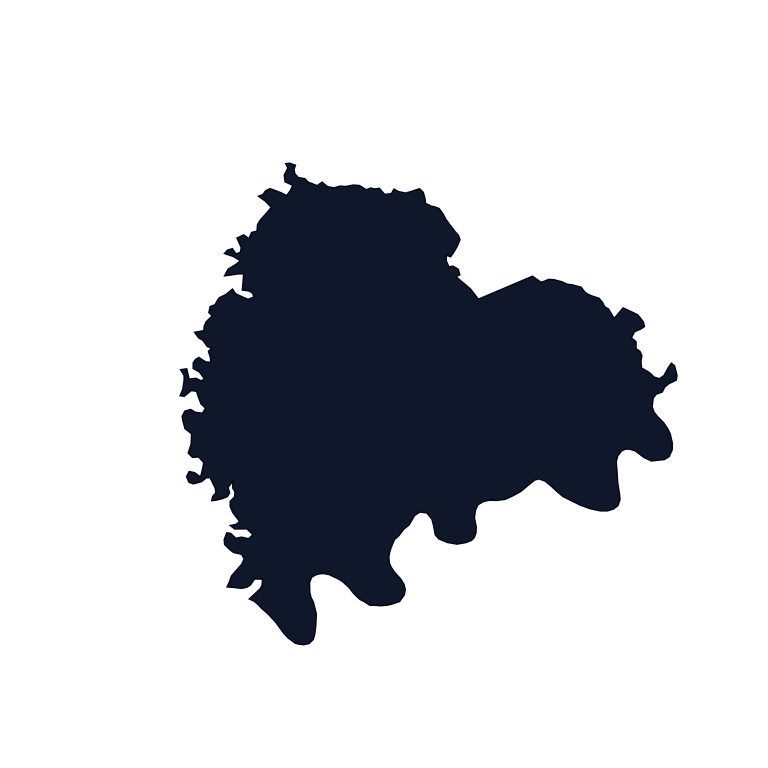 outline of Quedas do Iguaçu, Paraná, Brazil, rotated 324°
{"feature_id": "56859067B83242561936103", "entity_name": "Quedas do Iguaçu", "entity_type": "district", "adm_level": 2, "iso_a3": "BRA", "parent_name": "Brazil", "parent_adm1": "Paraná", "projection": "mercator", "projection_center": [-52.976, -25.446], "detail": "fine", "context": "isolated", "style": "filled", "palette": "ink", "viewbox_px": 768, "rotation_deg": 324, "n_neighbors": 0, "source": "geoboundaries", "source_scale": "gbopen_adm2", "svg_char_len": 4611}
<svg xmlns="http://www.w3.org/2000/svg" viewBox="0 0 768 768"><g transform="rotate(324 384 384)"><path d="M227.9,252.9L227.3,259.7L224.5,263.5L218.1,270.1L212.2,273.6L215.1,276.5L224.3,276.0L228.1,279.8L226.2,285.4L224.3,292.6L225.5,298.6L219.9,301.0L214.7,295.9L212.6,291.0L206.9,288.9L201.6,291.7L199.6,295.8L196.8,303.2L199.1,311.1L192.8,319.2L185.1,324.8L185.9,330.7L191.2,334.1L192.0,341.7L187.8,345.7L180.9,351.5L178.6,344.4L174.9,340.3L169.9,342.9L168.5,348.8L171.0,352.6L178.9,355.7L185.4,355.4L188.4,357.7L187.2,363.7L186.4,368.9L184.0,373.3L179.5,374.2L176.1,377.1L179.6,379.1L185.8,381.7L191.1,383.0L195.2,381.3L197.0,376.0L204.6,373.7L200.4,379.5L200.1,383.5L197.0,387.5L190.8,388.5L187.6,392.6L186.2,398.9L186.2,403.1L186.4,410.4L181.8,410.6L176.5,408.2L178.0,413.5L188.0,420.6L189.4,428.9L183.5,429.6L178.6,424.1L173.5,421.9L172.1,414.7L169.3,412.0L163.3,416.0L160.7,420.2L161.9,427.1L163.3,431.9L168.7,438.0L168.1,443.3L163.1,446.2L154.5,448.1L147.6,449.8L142.6,453.3L137.8,455.9L144.2,461.4L148.4,465.4L153.6,467.8L157.7,468.1L164.7,465.6L171.1,470.5L166.9,475.3L163.5,476.9L148.7,478.8L151.3,483.3L152.7,489.3L153.1,493.4L155.1,502.1L156.4,512.7L156.4,526.8L157.3,533.4L159.8,541.4L162.3,544.5L165.7,547.6L170.7,549.9L176.6,549.1L181.0,545.5L184.4,542.0L187.6,538.3L194.0,530.3L198.6,519.1L199.5,513.5L201.5,508.9L207.1,500.8L211.6,497.9L215.7,498.0L220.5,499.7L223.9,502.0L227.6,505.9L232.7,515.3L234.5,520.0L236.1,527.9L236.4,535.2L237.0,539.6L238.0,544.4L240.0,548.0L242.5,554.7L246.2,557.3L250.8,561.3L256.2,564.6L260.2,566.4L268.7,569.1L276.3,566.6L280.3,562.9L282.3,558.1L282.9,551.9L281.9,542.5L282.1,536.3L283.1,531.9L285.9,527.2L289.5,523.5L293.9,520.3L301.0,516.0L306.6,515.5L314.4,513.1L321.5,512.7L331.5,508.3L337.9,508.7L342.9,513.5L343.3,521.7L340.9,527.7L336.9,536.1L337.3,541.4L342.0,549.3L348.9,556.4L357.0,560.4L362.8,561.9L366.6,561.3L371.0,558.4L374.7,553.6L378.4,545.5L383.5,540.0L388.9,536.9L395.1,537.4L400.9,539.9L406.9,544.5L414.2,548.5L422.6,550.2L431.6,551.3L442.3,550.6L449.3,550.2L453.5,551.7L457.3,557.3L459.4,565.3L460.6,571.8L462.6,580.1L466.8,588.2L471.6,597.3L477.6,606.1L484.4,613.7L490.1,617.9L496.1,620.0L501.7,619.9L506.9,616.3L509.3,612.4L513.3,604.6L515.1,601.1L521.3,591.4L526.0,583.6L530.6,579.6L536.8,577.8L540.6,578.4L544.3,580.8L548.0,585.8L551.2,596.3L555.1,603.4L566.5,609.9L572.0,610.3L578.5,606.6L582.5,601.3L586.2,592.6L587.2,586.9L587.4,579.6L586.2,571.5L585.8,565.7L587.6,559.9L593.4,553.7L598.1,552.2L604.5,554.0L609.2,551.5L614.5,551.1L622.7,552.6L626.1,549.2L629.8,539.9L628.7,536.1L623.7,537.9L615.3,541.8L609.8,541.6L606.4,536.9L605.9,532.7L604.6,528.8L601.7,522.4L605.4,516.4L609.3,512.7L610.2,508.2L608.7,503.5L612.7,498.0L611.3,491.9L617.5,489.0L623.9,490.4L628.5,490.6L630.2,486.4L630.2,481.3L629.8,476.9L624.9,468.0L622.1,463.0L608.7,466.3L609.7,455.3L607.9,451.2L608.7,446.6L608.4,441.2L604.4,435.6L601.8,431.6L600.4,427.4L600.4,421.6L594.2,414.0L591.1,411.3L587.8,405.6L585.2,402.5L582.7,399.4L578.6,396.1L574.3,395.2L570.7,393.9L567.5,384.1L510.2,370.9L509.8,357.9L505.3,339.6L509.5,340.2L511.5,334.8L509.1,329.2L505.3,327.4L506.7,321.0L510.1,316.4L512.7,320.2L518.3,318.2L524.6,315.4L530.3,311.8L531.6,307.5L531.0,301.9L531.0,297.6L530.8,292.6L530.8,287.1L531.7,281.1L531.7,274.5L529.4,270.9L526.8,267.9L523.7,262.3L526.2,257.9L528.4,252.0L527.5,246.9L519.9,244.5L513.7,242.3L508.5,236.5L506.7,232.2L501.7,234.4L495.9,230.9L495.2,222.9L491.0,220.7L488.4,217.6L483.8,216.5L480.8,209.0L476.2,205.1L469.0,201.7L465.0,198.2L458.9,196.0L454.3,191.3L452.5,184.3L446.5,184.3L443.5,179.5L441.3,176.3L440.6,171.3L436.0,166.7L435.4,161.6L437.3,157.4L440.9,155.0L437.4,149.9L434.0,148.0L433.2,152.8L426.2,156.3L422.8,162.2L427.0,169.7L422.2,172.4L416.0,174.4L413.2,168.9L406.6,159.0L401.9,158.1L397.3,159.6L392.9,158.3L395.5,166.3L396.7,174.8L390.9,176.4L380.5,178.6L375.3,180.8L371.2,185.7L365.9,183.6L360.2,187.1L358.2,181.0L350.9,179.5L348.7,189.8L345.1,193.2L340.6,191.6L340.9,185.4L336.1,183.7L331.7,184.7L337.1,192.3L340.3,199.9L334.6,200.2L325.3,199.5L318.7,202.8L324.8,206.1L330.1,208.8L335.3,212.3L328.5,220.3L324.6,224.7L329.3,229.1L331.1,233.3L329.9,237.2L323.8,235.7L320.4,230.0L316.9,223.6L317.2,218.2L308.6,218.7L301.4,217.4L297.6,218.8L294.0,220.6L288.9,219.2L284.3,223.3L285.1,227.9L276.5,229.2L272.1,232.0L269.6,235.0L261.2,230.9L261.2,237.9L263.2,242.1L263.1,249.8L265.7,253.6L261.2,254.4L259.0,261.0L256.5,264.6L252.8,261.5L249.8,253.7L246.0,253.4L242.2,254.7L238.8,259.2L241.8,265.9L241.8,274.3L238.0,274.1L235.1,268.8L229.1,265.5L233.3,255.8L227.9,252.9Z" fill="#0f172a" stroke="#020617" stroke-width="1.5"/></g></svg>